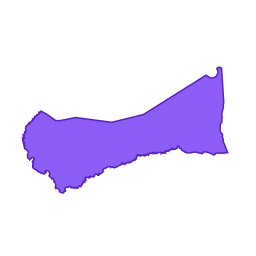 the district of Mbadjini Est, Andjazîdja, Comoros, rotated 99°
{"feature_id": "10938185B84550121750878", "entity_name": "Mbadjini Est", "entity_type": "district", "adm_level": 2, "iso_a3": "COM", "parent_name": "Comoros", "parent_adm1": "Andjazîdja", "projection": "mercator", "projection_center": [43.472, -11.838], "detail": "fine", "context": "isolated", "style": "filled", "palette": "violet", "viewbox_px": 256, "rotation_deg": 99, "n_neighbors": 0, "source": "geoboundaries", "source_scale": "gbopen_adm2", "svg_char_len": 5969}
<svg xmlns="http://www.w3.org/2000/svg" viewBox="0 0 256 256"><g transform="rotate(99 128 128)"><path d="M63.6,59.2L112.3,114.9L124.9,144.8L125.9,181.6L131.2,195.9L132.0,200.5L126.9,210.8L124.9,216.6L126.6,217.2L127.0,217.7L126.6,218.1L127.1,218.1L126.9,218.4L127.6,218.3L128.5,218.8L129.8,219.9L129.6,220.2L130.2,220.2L130.9,221.3L131.7,221.4L131.8,221.7L131.6,222.0L132.4,221.9L133.0,222.2L133.2,222.7L133.6,222.1L133.8,222.3L133.7,222.9L134.4,222.8L134.3,223.4L134.8,223.1L135.0,223.5L135.2,223.4L135.6,223.8L136.1,223.8L136.1,224.2L137.0,224.6L137.1,225.1L138.1,225.9L138.3,225.8L138.3,226.4L138.9,226.2L139.2,226.8L139.6,226.4L139.8,227.1L141.5,228.3L141.7,228.8L142.6,229.1L144.6,229.1L145.2,229.0L145.8,228.4L146.8,228.2L147.0,228.8L147.8,229.2L147.9,229.5L148.2,229.4L148.3,228.9L148.5,229.1L148.8,229.0L148.9,229.3L149.9,229.3L150.7,230.0L151.0,229.8L151.0,230.1L151.3,229.8L152.0,230.0L152.6,229.4L152.9,229.5L153.4,228.8L154.0,228.6L154.6,229.4L154.0,229.9L154.7,229.8L154.7,230.2L155.1,229.7L155.3,230.1L156.1,230.3L156.9,230.0L156.6,229.4L158.0,229.2L158.4,228.5L158.4,228.0L158.7,227.8L158.7,228.5L158.2,229.6L158.6,229.1L159.8,228.8L160.7,228.2L161.4,228.1L161.9,227.7L160.7,227.8L160.8,227.5L161.3,227.6L161.7,227.2L162.7,227.6L163.0,227.3L163.4,227.3L164.3,226.9L164.8,226.3L165.1,225.0L166.4,223.5L167.7,222.5L170.5,223.2L172.0,222.5L172.7,222.6L173.5,221.9L173.6,221.2L174.8,220.2L174.1,219.9L173.8,219.3L173.3,218.9L171.9,218.3L172.0,217.0L172.6,216.6L172.8,215.7L173.1,215.6L173.6,216.2L174.0,216.4L174.4,216.2L175.1,216.7L175.9,216.6L175.9,217.1L176.1,217.2L177.1,216.6L177.5,215.8L178.0,215.8L178.7,216.4L179.6,215.8L180.0,216.3L181.7,216.0L181.7,215.7L182.3,215.5L183.0,214.5L183.8,211.8L184.3,211.5L184.7,210.4L185.3,209.7L185.7,207.6L186.3,206.6L186.2,204.5L186.7,203.8L184.9,202.0L184.4,202.0L184.0,202.3L183.9,203.0L183.1,202.5L182.8,201.0L183.3,199.2L183.8,199.1L184.3,198.6L186.0,197.9L187.0,198.6L187.9,198.2L188.0,197.6L188.3,197.7L189.0,196.3L190.2,195.3L189.6,194.3L192.1,192.5L192.8,192.7L193.0,192.5L192.9,191.8L195.1,190.4L195.8,190.2L196.6,190.6L198.8,190.3L199.1,189.7L198.4,189.1L199.1,187.1L200.3,185.7L201.2,185.9L202.2,184.8L202.3,181.8L201.9,181.4L201.6,181.5L200.7,180.8L200.3,180.8L200.1,179.9L199.4,180.0L198.9,180.7L197.0,180.5L196.0,179.2L196.0,177.7L194.9,176.8L194.6,175.7L194.9,175.4L195.3,175.5L196.0,175.0L195.9,173.6L195.3,173.2L195.5,171.8L195.9,171.6L195.9,171.2L195.3,171.3L194.7,169.8L195.4,169.3L195.4,168.6L195.2,168.1L194.1,167.5L193.6,167.3L192.9,167.5L192.7,167.1L192.8,166.1L193.2,165.5L190.4,164.2L188.0,163.7L187.9,163.4L188.2,163.2L187.6,163.1L187.8,162.5L187.2,162.9L187.0,162.3L186.3,162.4L186.3,161.8L185.9,162.3L185.7,161.6L185.2,161.6L185.2,162.1L184.8,162.1L184.5,162.4L184.3,162.0L184.0,162.1L183.1,161.8L183.2,160.6L182.9,160.0L183.3,159.6L183.1,159.0L183.4,158.5L182.9,158.3L182.2,158.7L181.9,158.3L182.2,157.9L181.9,157.9L181.4,156.6L181.8,156.1L181.8,154.5L180.7,153.6L180.0,153.7L178.7,152.7L178.5,150.7L178.8,151.0L179.4,150.4L179.3,149.6L178.6,149.1L177.7,149.6L177.2,147.5L175.9,146.2L174.8,145.8L174.5,145.9L174.4,146.2L173.9,146.3L173.3,145.8L172.3,145.9L171.7,144.7L171.0,143.9L171.0,143.6L169.4,141.8L169.0,139.8L169.5,139.2L169.1,139.2L168.8,138.9L169.0,137.8L169.2,137.6L169.0,136.6L169.3,136.5L169.4,135.1L168.8,133.9L168.2,133.6L168.3,133.2L167.9,132.6L167.2,131.9L166.9,131.8L166.9,131.5L166.2,130.9L166.2,130.4L165.8,130.2L165.4,129.4L164.7,129.1L165.0,128.7L164.8,128.4L164.3,128.6L164.2,127.7L163.8,127.8L164.1,127.4L163.6,127.2L163.9,126.9L163.9,126.2L164.2,126.0L163.8,125.9L163.8,125.4L163.3,125.1L163.7,124.6L163.4,124.2L163.1,124.6L163.2,124.0L162.0,123.4L161.7,122.2L162.3,121.5L161.5,121.0L161.6,120.7L161.2,119.5L159.8,118.8L159.5,118.3L159.6,117.7L158.5,117.4L158.3,116.8L158.8,116.2L158.7,116.0L157.7,116.1L157.8,115.5L157.6,115.2L157.2,115.2L156.8,115.5L156.7,115.0L155.6,114.7L154.9,114.8L154.6,115.2L154.0,115.1L153.8,114.7L153.6,114.9L153.3,114.2L152.8,113.8L152.8,113.2L153.7,112.7L153.2,112.3L153.5,111.7L153.1,111.8L153.2,111.3L152.9,110.9L153.1,110.4L152.8,110.1L152.8,109.5L152.9,108.0L152.4,108.0L152.9,107.2L152.2,107.2L152.2,106.5L151.7,106.5L151.3,105.7L151.5,105.4L151.8,105.4L151.6,104.9L151.2,104.9L151.2,104.6L151.1,104.0L151.6,103.6L150.9,103.3L150.6,103.7L150.2,103.5L150.1,103.2L149.9,103.2L149.6,102.7L149.2,101.6L149.5,100.1L149.2,99.8L149.3,99.4L148.5,99.4L148.2,99.1L148.1,98.0L148.8,97.9L148.7,97.5L148.9,97.6L149.0,97.1L148.8,97.1L148.8,96.2L148.4,95.3L147.4,93.8L147.0,92.4L147.0,91.9L147.6,91.9L147.0,91.7L147.0,91.2L147.7,91.2L147.4,91.0L147.3,90.5L147.5,90.2L147.3,90.0L147.4,89.4L146.5,89.2L147.0,88.2L146.1,87.9L146.3,87.5L146.0,87.7L145.8,87.2L144.9,87.0L145.2,86.8L144.8,86.5L145.0,86.2L144.5,85.9L144.7,85.6L144.3,85.1L144.4,84.9L144.1,84.5L144.5,84.0L143.5,83.8L142.4,81.7L141.6,81.4L141.9,80.9L141.2,80.9L141.3,80.5L141.9,79.9L142.0,79.4L141.8,78.6L141.1,77.3L139.8,76.2L138.6,76.2L138.1,75.9L138.3,74.8L139.4,74.2L139.9,73.7L139.9,73.1L140.2,72.8L140.1,72.4L140.5,71.7L141.0,71.7L141.6,71.2L141.6,70.7L141.9,70.5L142.0,69.8L142.4,69.3L142.4,68.5L142.7,68.2L142.4,68.1L142.9,67.6L142.7,67.3L143.2,66.9L143.3,66.2L142.8,62.2L142.1,61.0L141.2,57.9L141.3,55.3L141.5,55.0L141.3,54.9L141.6,54.0L141.3,52.7L141.9,51.4L141.5,51.1L141.4,50.3L140.6,50.1L140.5,49.8L140.4,49.9L139.7,49.3L139.4,47.7L139.7,44.2L141.1,39.3L141.0,39.1L141.2,38.7L140.7,38.5L140.3,37.9L139.9,38.0L139.9,37.6L138.8,36.5L138.6,35.8L138.7,33.6L138.1,31.5L138.1,30.6L137.8,30.5L137.8,29.2L137.4,28.6L137.5,28.2L137.0,27.3L136.8,25.7L125.9,32.1L125.0,31.9L123.8,32.4L121.9,33.5L120.5,33.4L119.7,33.7L118.8,34.2L118.2,35.4L117.0,36.2L115.2,36.8L109.6,37.3L107.8,36.3L107.1,36.3L104.3,36.7L102.8,36.7L99.4,37.7L92.3,37.0L90.3,37.5L87.8,37.4L54.1,45.0L53.7,47.4L53.9,48.1L54.5,48.9L55.2,49.4L55.7,49.5L56.1,49.4L57.0,48.4L59.0,47.7L60.1,47.9L62.9,48.8L64.0,49.8L65.4,52.5L65.7,53.9L64.8,56.6L63.6,59.2Z" fill="#8b5cf6" stroke="#5b21b6" stroke-width="1.5"/></g></svg>